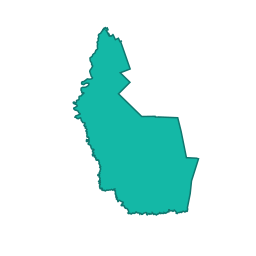 Acuña, Coahuila, Mexico (Albers equal-area conic projection), rotated 245°
{"feature_id": "50627088B18038735195258", "entity_name": "Acuña", "entity_type": "district", "adm_level": 2, "iso_a3": "MEX", "parent_name": "Mexico", "parent_adm1": "Coahuila", "projection": "albers", "projection_center": [-102.149, 29.425], "detail": "fine", "context": "isolated", "style": "filled", "palette": "teal", "viewbox_px": 256, "rotation_deg": 245, "n_neighbors": 0, "source": "geoboundaries", "source_scale": "gbopen_adm2", "svg_char_len": 5668}
<svg xmlns="http://www.w3.org/2000/svg" viewBox="0 0 256 256"><g transform="rotate(245 128 128)"><path d="M180.6,154.9L209.2,157.8L209.7,159.2L209.7,157.2L213.4,157.2L213.4,153.9L218.5,153.9L218.5,153.3L218.9,153.4L218.3,151.4L218.9,151.0L218.8,150.6L219.2,149.9L219.9,149.8L220.1,150.2L220.7,149.9L220.7,150.4L221.5,150.4L221.5,150.0L222.5,150.0L222.5,149.7L224.1,149.7L225.5,149.4L225.5,151.4L227.5,151.5L227.5,150.1L228.5,150.0L228.5,148.1L228.4,148.0L227.7,148.3L227.6,148.0L227.5,147.3L227.8,146.8L227.3,146.4L225.8,143.7L225.4,143.3L225.3,141.5L224.8,140.5L224.1,140.2L223.6,140.3L223.4,140.2L222.8,139.9L222.6,139.5L221.8,139.2L221.6,138.5L220.7,138.4L219.5,137.8L219.1,136.6L218.5,136.1L217.1,136.1L216.4,135.7L216.2,135.3L214.1,134.4L213.1,134.2L212.6,133.8L212.2,133.2L212.3,132.5L211.8,131.5L209.9,129.6L209.8,129.1L209.8,128.4L209.3,127.0L208.0,125.8L207.7,123.6L207.5,123.1L204.9,122.2L204.4,122.2L202.5,122.5L202.0,122.4L200.8,121.8L199.6,122.2L199.1,122.1L197.7,120.4L196.3,117.9L195.4,117.2L190.4,116.6L188.5,117.0L188.1,116.6L188.0,115.9L188.2,114.5L188.6,113.6L189.7,111.9L188.8,107.7L189.2,106.3L189.1,105.5L188.7,105.1L187.8,104.7L187.3,104.7L187.0,105.0L186.0,106.2L186.4,108.0L186.2,109.5L185.0,111.3L184.5,111.2L183.9,110.8L183.2,109.8L182.9,107.5L183.1,106.2L184.1,103.9L183.9,102.4L182.2,101.4L180.5,101.5L179.6,101.1L179.3,101.4L178.7,102.6L178.4,102.8L178.2,102.7L177.9,101.9L177.8,100.7L176.9,99.5L177.2,97.7L177.2,97.1L176.8,96.7L175.4,96.1L174.5,95.5L174.4,94.9L174.7,93.8L174.6,93.0L174.2,92.7L173.4,92.4L172.8,91.8L172.8,91.1L174.1,90.4L174.4,90.0L174.4,89.4L174.0,89.0L173.6,89.0L172.9,89.3L170.7,91.3L169.7,91.4L169.3,91.1L169.2,89.8L168.9,89.1L169.1,87.6L168.7,87.1L168.0,87.0L166.5,87.7L165.9,88.7L164.3,89.9L162.6,89.8L161.6,90.5L161.0,90.6L160.7,90.2L160.9,88.4L160.8,87.4L161.1,86.1L160.6,84.9L160.2,84.5L159.4,85.4L158.9,85.7L158.2,85.8L157.8,86.3L157.3,87.2L157.5,87.6L157.5,88.7L157.3,89.3L155.3,89.1L154.4,88.8L153.2,89.3L152.2,89.2L151.6,89.8L151.5,90.4L150.6,91.1L149.8,90.6L149.5,89.8L149.1,89.6L148.9,89.2L147.9,89.4L147.6,89.8L147.4,90.4L146.9,90.3L146.4,89.4L146.1,89.2L145.3,89.8L144.1,90.2L143.9,90.0L143.2,88.7L142.8,88.6L142.2,89.2L141.8,89.2L141.3,89.0L141.0,88.3L139.8,88.5L139.6,88.2L137.8,87.2L137.2,87.1L136.8,87.3L136.7,88.0L136.5,88.3L135.0,88.2L134.3,87.8L134.0,86.8L134.1,86.6L134.8,86.0L135.0,85.6L133.7,84.7L133.2,84.8L132.9,85.1L133.0,85.7L133.6,86.8L133.5,87.2L133.1,87.4L131.9,86.9L130.8,85.7L130.7,85.3L130.2,85.1L129.9,85.2L128.9,86.2L128.1,86.7L127.6,86.5L127.2,86.7L126.4,86.3L124.5,86.2L124.1,86.5L123.5,87.6L122.9,88.0L122.4,87.6L122.5,86.8L122.2,86.1L121.2,85.8L120.4,86.5L120.1,86.5L119.5,86.0L119.3,85.3L119.4,85.0L119.2,84.6L118.3,84.3L117.7,84.3L117.6,84.9L117.7,85.3L117.5,86.1L117.1,86.4L116.8,86.2L116.5,85.5L116.2,85.3L114.5,86.3L114.2,86.2L113.8,85.7L113.3,85.8L112.5,85.6L112.2,85.7L112.0,86.1L112.2,86.9L111.9,87.2L111.5,87.1L111.2,87.7L110.9,87.7L110.6,87.5L108.9,87.5L108.6,87.3L108.5,86.9L108.0,86.8L107.8,86.6L106.8,87.0L106.1,86.7L105.4,86.9L105.1,86.7L104.7,86.9L104.5,86.4L104.6,86.0L104.3,85.7L103.9,85.8L103.4,86.2L102.0,85.6L101.4,84.8L100.4,84.4L100.3,83.9L99.7,83.1L98.5,83.1L98.3,82.6L98.6,81.9L98.6,81.5L98.3,80.9L97.8,80.6L97.4,80.8L97.2,81.7L96.9,82.0L96.5,81.9L95.9,81.2L95.6,81.1L94.3,81.5L93.4,80.6L92.2,80.6L92.1,80.3L92.3,79.4L92.0,78.8L91.7,78.9L91.4,80.0L90.6,80.1L90.3,79.8L90.5,79.0L90.2,78.4L89.8,78.4L89.1,78.9L88.6,79.0L88.0,78.0L87.2,77.8L86.7,77.3L85.7,77.4L85.3,77.1L84.7,77.2L84.4,77.8L84.6,78.6L84.5,78.9L83.7,79.0L83.5,78.4L82.8,78.2L82.6,78.7L81.9,79.0L81.7,80.1L81.0,80.4L80.5,80.9L80.7,82.0L80.7,82.5L80.0,83.7L79.7,85.1L79.2,86.0L79.3,87.1L78.0,88.0L78.3,88.5L78.5,89.2L78.3,90.3L78.1,90.2L77.6,89.5L77.2,89.4L76.6,89.9L76.2,90.0L75.9,89.5L74.9,89.4L73.7,88.6L73.3,89.0L72.4,88.5L71.4,88.8L71.0,88.1L70.6,87.8L70.2,88.1L70.0,88.6L69.2,88.7L69.1,87.9L68.6,87.5L67.4,88.1L65.6,87.8L65.5,88.1L65.5,88.3L66.3,88.9L66.0,89.8L64.0,91.0L63.3,91.8L62.7,92.2L62.0,91.7L62.0,91.0L61.2,89.6L60.9,89.2L60.6,89.1L60.0,89.7L60.3,90.7L60.1,91.0L59.6,90.9L58.7,91.7L57.8,91.4L57.2,91.5L56.9,91.8L56.4,91.7L55.4,93.1L54.7,93.3L53.2,93.4L51.8,93.2L51.1,92.8L51.0,92.0L50.3,92.2L50.1,92.5L49.7,93.9L49.3,94.1L49.1,94.6L48.7,94.6L48.9,96.5L48.0,97.4L47.9,98.7L48.5,99.7L48.2,100.2L47.5,100.3L47.0,100.8L46.6,101.7L46.1,102.2L45.6,102.6L45.3,102.5L45.5,102.9L45.3,103.4L44.9,103.7L44.2,103.6L44.2,103.9L43.8,104.3L43.7,104.8L44.0,105.5L44.1,106.2L44.0,107.5L43.8,108.0L43.9,108.5L43.3,109.1L41.9,108.4L41.4,108.5L41.1,108.8L41.7,110.6L41.3,111.4L41.0,111.2L40.6,111.3L40.6,112.0L40.2,112.7L40.2,113.3L40.4,113.7L40.9,114.1L40.3,114.2L39.9,114.7L38.9,114.6L38.7,115.0L38.9,115.4L38.8,115.8L38.3,116.2L38.2,116.5L37.2,116.9L37.2,117.3L37.4,117.7L37.3,119.0L37.6,119.3L37.3,120.1L37.9,121.0L37.6,121.2L36.9,121.2L36.6,121.4L36.5,122.2L36.6,122.6L35.8,123.5L35.5,124.2L35.7,124.8L36.1,125.0L35.0,125.7L35.0,126.8L34.8,127.0L35.3,128.7L34.7,129.5L34.8,129.7L35.4,129.8L35.4,130.4L36.1,130.2L36.7,130.4L36.7,130.6L36.4,131.0L36.0,130.8L35.5,131.0L34.7,131.9L34.6,133.0L34.0,133.2L33.5,133.5L33.5,134.6L34.0,134.9L34.1,135.2L31.9,136.1L30.8,136.0L30.4,135.7L29.7,136.4L30.1,137.2L30.0,138.0L29.6,138.9L29.7,139.5L29.3,140.1L29.4,140.5L28.9,140.7L28.8,140.9L29.1,141.5L29.3,142.6L29.0,143.2L28.5,143.5L28.2,144.0L27.8,144.1L27.8,144.5L28.2,145.2L27.5,146.1L27.5,146.5L27.8,146.9L28.4,146.9L29.3,147.9L30.0,147.9L30.6,148.1L42.2,156.6L53.2,163.2L70.3,178.9L71.7,177.3L76.4,168.4L102.5,174.7L116.3,177.4L124.8,160.9L124.6,160.9L126.4,157.4L127.1,157.5L132.6,145.3L163.0,133.8L168.6,149.1L181.3,144.3L180.6,154.9Z" fill="#14b8a6" stroke="#0f766e" stroke-width="1.5"/></g></svg>